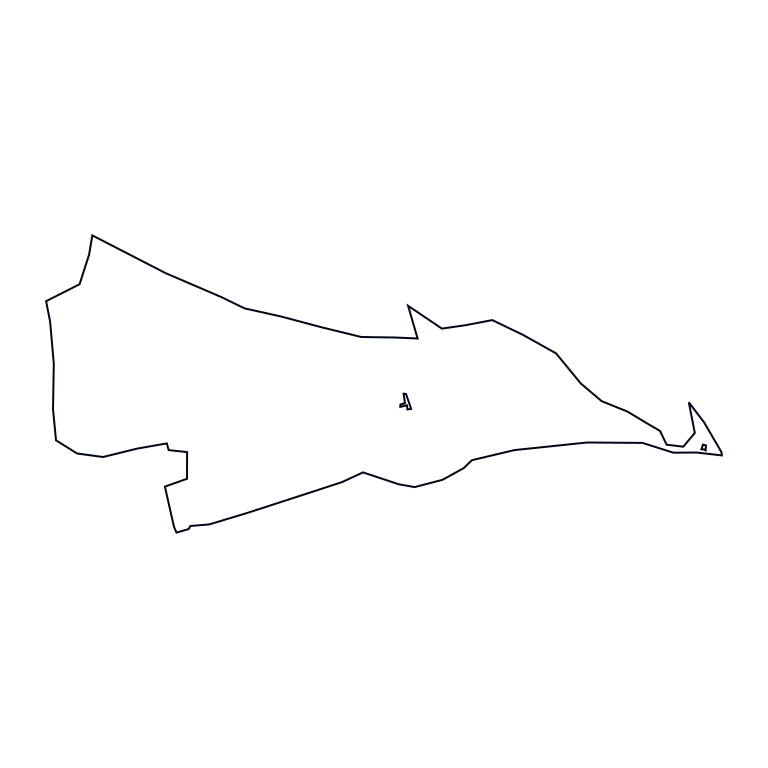 the district of Khavas, Sirdaryo, Uzbekistan
{"feature_id": "79887680B15135305398470", "entity_name": "Khavas", "entity_type": "district", "adm_level": 2, "iso_a3": "UZB", "parent_name": "Uzbekistan", "parent_adm1": "Sirdaryo", "projection": "equal_earth", "projection_center": [68.817, 40.265], "detail": "fine", "context": "isolated", "style": "outline", "palette": "ink", "viewbox_px": 768, "rotation_deg": 0, "n_neighbors": 0, "source": "geoboundaries", "source_scale": "gbopen_adm2", "svg_char_len": 1068}
<svg xmlns="http://www.w3.org/2000/svg" viewBox="0 0 768 768"><path d="M176.5,532.6L188.6,529.1L190.4,526.0L209.3,524.4L226.2,519.3L248.0,512.7L341.8,482.2L363.0,472.4L398.9,484.3L414.6,487.1L442.5,479.8L463.6,468.2L471.9,460.2L514.3,450.1L567.0,444.6L587.0,442.5L614.5,442.7L642.5,442.9L673.5,452.7L696.3,452.5L721.8,455.4L721.5,452.2L704.1,422.4L688.8,402.3L694.8,432.9L683.3,446.7L666.6,444.7L660.1,431.0L647.4,423.6L627.3,411.5L601.7,401.2L580.8,383.5L556.1,353.4L523.2,335.0L492.3,320.1L464.9,325.3L441.9,328.6L408.1,305.8L417.6,338.5L394.8,337.5L361.3,337.0L322.0,327.4L281.5,316.6L244.6,308.4L221.6,297.2L165.5,273.1L92.3,235.4L89.1,254.6L79.6,284.2L46.1,301.2L50.1,321.5L53.8,363.7L53.0,409.1L56.0,440.3L77.1,453.5L103.1,457.0L137.2,448.6L166.8,443.4L168.7,450.1L187.1,452.1L187.0,478.8L164.9,486.6L174.0,526.9L176.5,532.6ZM406.0,393.9L411.1,408.9L407.4,409.4L406.9,405.3L400.3,406.9L400.4,404.5L405.0,403.2L403.6,393.7L406.0,393.9ZM706.0,445.5L705.6,450.3L704.0,449.4L701.4,449.3L703.0,444.6L706.0,445.5Z" fill="none" stroke="#020617" stroke-width="2"/></svg>